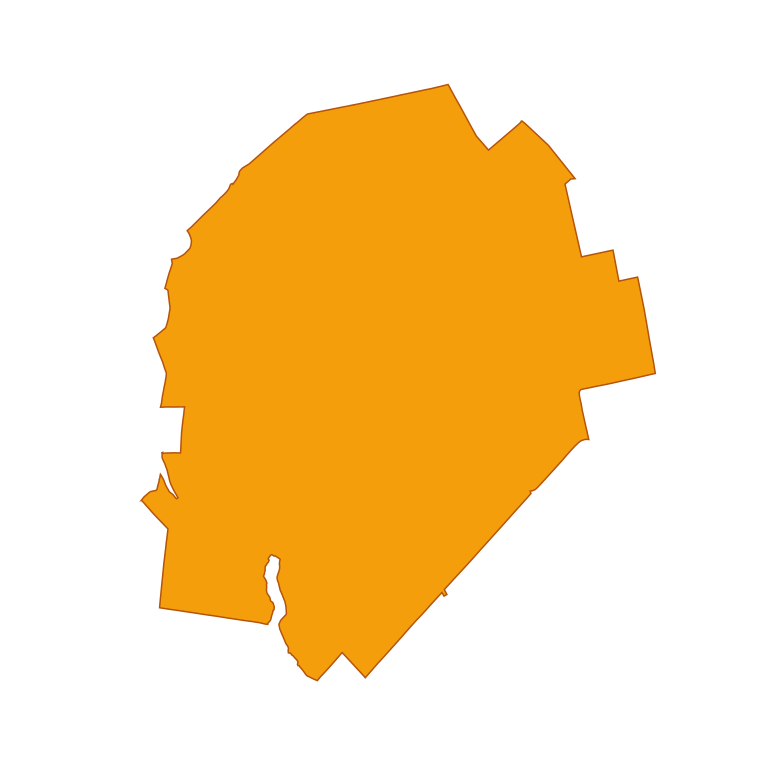 Gradistea, Ilfov, Romania, rotated 256°
{"feature_id": "2599482B24694336767373", "entity_name": "Gradistea", "entity_type": "district", "adm_level": 2, "iso_a3": "ROU", "parent_name": "Romania", "parent_adm1": "Ilfov", "projection": "equal_earth", "projection_center": [26.312, 44.651], "detail": "fine", "context": "isolated", "style": "filled", "palette": "amber", "viewbox_px": 768, "rotation_deg": 256, "n_neighbors": 0, "source": "geoboundaries", "source_scale": "gbopen_adm2", "svg_char_len": 5907}
<svg xmlns="http://www.w3.org/2000/svg" viewBox="0 0 768 768"><g transform="rotate(256 384 384)"><path d="M484.6,171.3L483.3,171.5L480.6,171.9L477.4,172.2L476.6,172.3L470.0,173.0L466.2,173.5L464.5,173.7L459.1,174.5L455.8,174.7L451.4,175.0L448.2,175.4L447.2,175.4L446.3,175.2L444.0,174.4L438.9,172.2L435.8,170.7L434.8,170.2L430.1,168.1L428.0,167.1L425.9,166.1L423.1,165.0L419.1,163.4L417.6,162.6L415.5,161.5L414.6,166.3L413.1,172.3L412.3,175.3L411.7,178.0L410.5,183.0L410.0,185.0L407.1,183.8L402.9,182.3L397.9,180.3L394.2,178.9L389.6,177.2L386.3,176.0L378.5,173.6L372.8,171.9L366.9,170.1L366.3,169.8L368.1,163.4L369.7,156.0L370.0,154.4L370.2,152.8L371.2,152.8L371.1,151.9L369.6,151.7L369.4,151.7L367.0,151.0L365.9,150.9L362.7,151.4L359.9,152.0L356.6,152.3L353.7,152.7L345.4,152.7L342.6,152.6L340.4,152.7L337.8,153.0L332.1,154.2L325.9,155.9L323.5,156.6L323.4,156.3L323.2,155.8L322.9,154.8L324.2,154.1L325.4,153.5L327.3,152.7L328.8,151.7L330.2,150.5L331.4,149.7L337.5,147.9L338.9,147.7L340.9,147.4L343.8,147.1L346.4,146.5L348.9,145.8L350.0,145.4L350.5,145.2L349.7,144.8L348.8,144.4L347.9,144.1L346.9,143.6L346.3,143.1L345.6,142.7L345.1,142.6L344.2,142.3L342.8,141.5L341.1,140.5L339.4,139.6L338.3,139.0L337.1,138.5L336.4,137.8L335.8,136.8L336.0,135.0L336.1,133.3L336.1,131.6L335.7,130.3L335.3,129.2L334.8,128.5L334.0,126.7L333.8,126.5L333.3,125.6L333.2,125.2L332.1,123.2L331.4,122.4L330.7,121.6L329.8,120.4L329.8,120.5L329.1,120.9L328.8,121.1L327.6,121.8L323.7,123.8L321.7,124.9L315.0,128.3L309.8,131.2L295.7,139.3L295.3,139.2L287.9,136.4L281.3,133.8L280.1,133.4L276.3,132.0L263.2,127.0L250.5,122.5L248.6,121.8L242.2,119.5L233.4,116.4L229.8,115.1L221.2,112.1L218.2,119.2L214.3,128.8L206.7,147.1L204.0,153.5L199.1,165.5L196.1,172.5L189.7,187.9L188.0,192.0L185.8,197.6L182.7,205.0L180.3,209.7L179.2,212.1L178.9,213.1L180.0,213.5L180.8,214.8L181.9,216.3L182.8,217.1L186.6,219.1L190.0,221.2L191.0,221.4L191.5,222.6L193.0,223.2L194.2,223.6L197.0,223.5L198.8,223.3L200.9,221.5L203.3,221.6L204.9,221.5L209.2,219.9L212.3,220.0L215.5,221.1L216.3,221.1L218.3,221.6L218.5,222.0L219.4,222.2L222.5,221.9L225.9,220.8L226.8,220.6L228.3,221.8L230.0,222.6L232.1,223.7L234.2,224.1L235.9,224.8L237.0,226.3L238.3,227.3L239.2,228.8L240.1,229.4L240.8,229.9L241.5,229.7L241.9,229.4L242.5,229.4L243.6,230.5L245.0,232.2L245.6,233.4L245.5,233.9L244.9,234.5L244.5,235.0L243.6,235.7L243.6,236.8L239.4,240.6L239.0,240.8L237.3,239.9L234.6,238.9L232.4,238.7L230.1,238.0L228.1,237.0L225.1,235.0L222.2,233.4L219.2,233.1L216.5,233.5L212.2,233.4L208.8,233.4L205.2,234.1L199.6,234.8L197.2,235.2L192.8,235.1L190.5,234.8L187.6,234.3L184.7,233.7L184.1,233.3L181.7,229.6L179.7,226.6L176.3,223.9L171.4,223.6L167.4,224.2L160.2,225.4L155.9,226.0L153.2,227.0L151.6,227.4L150.3,227.3L149.0,226.6L148.0,226.5L146.9,226.2L146.2,226.2L145.7,227.4L145.5,228.2L144.4,228.6L143.5,228.8L142.8,229.7L139.5,231.4L137.4,232.6L135.6,233.2L134.8,233.2L133.7,232.6L133.0,232.2L132.3,232.3L131.5,232.4L131.3,233.5L130.8,233.8L129.6,234.0L129.3,234.2L126.4,235.7L122.5,237.3L121.6,237.5L119.4,238.8L117.7,240.9L115.1,243.9L112.6,247.2L112.3,247.6L114.3,250.1L115.8,252.3L117.2,254.6L120.3,259.3L122.3,262.3L125.9,267.5L130.3,273.8L133.2,277.9L133.5,278.4L128.0,281.5L112.3,290.1L108.1,292.4L104.8,294.2L104.5,294.3L104.4,294.3L103.5,294.8L105.3,297.3L112.2,307.2L114.3,310.2L118.9,317.2L133.0,338.0L141.4,350.1L146.8,358.1L151.5,365.5L154.6,370.2L159.0,376.6L162.0,381.2L165.1,385.8L167.7,389.8L163.7,390.9L164.5,394.1L170.0,392.8L175.7,401.4L181.0,409.4L183.6,413.4L188.4,420.7L194.3,429.5L197.8,434.6L200.3,438.2L202.7,441.9L213.6,458.0L220.5,468.2L230.7,483.2L238.8,495.3L242.2,500.1L244.7,499.9L244.5,501.9L245.0,505.2L246.5,508.0L249.2,512.1L252.8,517.6L256.9,523.7L266.3,537.7L268.6,541.0L270.9,544.2L274.2,549.1L277.5,554.1L278.6,556.1L280.1,558.6L281.3,561.6L281.6,565.3L281.4,566.4L281.0,568.1L280.9,568.5L280.6,569.3L282.4,569.3L286.9,569.4L287.8,569.5L291.1,569.5L294.8,569.6L295.7,569.6L296.1,569.6L299.5,569.7L303.1,569.8L310.9,570.0L313.0,570.2L317.0,570.5L322.4,570.6L326.3,570.9L327.7,571.2L328.6,571.4L329.7,572.1L330.5,572.8L330.9,573.6L331.0,574.1L330.8,579.1L330.6,583.3L330.4,589.1L330.0,596.3L329.7,603.4L329.4,616.3L329.0,629.2L328.9,634.3L328.9,635.0L328.9,635.6L328.7,645.8L328.6,649.8L339.2,650.7L362.1,652.2L362.4,652.2L364.5,652.4L393.3,654.5L424.6,655.9L425.0,655.9L426.4,655.9L427.0,636.8L458.5,638.6L459.6,606.4L508.0,607.4L534.2,608.0L536.4,612.4L537.7,614.9L537.3,617.3L537.0,619.1L575.9,601.2L602.2,584.2L605.6,581.7L605.9,580.9L604.7,579.8L602.8,576.2L598.9,568.5L585.7,542.0L602.4,533.5L603.6,533.2L607.5,532.2L611.9,531.0L625.1,527.6L632.1,525.8L638.1,524.2L641.6,523.2L645.0,522.3L652.6,520.3L655.9,519.5L659.1,518.6L659.1,517.0L659.1,509.9L659.2,503.4L659.2,501.2L659.2,499.9L659.3,499.2L659.6,493.0L659.6,491.4L660.4,470.8L660.5,466.0L661.8,431.5L661.9,428.3L663.1,403.7L664.0,385.2L664.3,379.1L664.5,375.1L662.3,370.1L660.8,367.1L658.9,363.5L658.5,362.6L657.6,360.4L655.9,357.1L653.8,353.0L647.4,340.0L645.3,335.7L630.2,306.5L627.9,299.2L626.6,297.0L625.1,295.1L621.5,293.4L617.7,289.7L615.6,287.1L614.3,285.8L615.2,285.4L614.9,283.5L612.3,281.6L611.0,280.7L608.9,278.2L607.4,275.9L605.6,272.9L604.2,270.1L602.2,267.3L600.2,264.5L596.5,258.1L592.8,251.6L590.9,248.3L588.9,245.0L587.4,242.5L584.6,237.8L583.3,235.7L580.4,230.1L577.4,231.2L572.5,231.9L569.4,231.8L565.4,230.3L562.6,228.5L558.7,222.3L557.8,220.3L557.3,218.6L556.1,213.6L556.5,208.0L552.1,207.7L548.0,205.2L545.5,203.6L544.5,202.9L543.5,202.3L538.3,199.3L533.0,196.4L529.8,194.5L528.6,195.8L528.2,196.3L527.8,196.7L527.3,196.9L526.7,197.0L524.2,196.6L521.8,196.3L520.1,196.1L518.4,195.9L516.1,195.6L513.8,195.3L510.8,195.0L509.6,194.8L508.2,194.3L506.8,193.7L504.8,192.8L499.7,190.6L494.9,188.0L493.2,186.9L492.0,186.3L491.4,185.8L490.5,184.0L487.1,177.0L485.7,174.0L485.6,173.7L484.7,171.6L484.6,171.3Z" fill="#f59e0b" stroke="#b45309" stroke-width="1.5"/></g></svg>